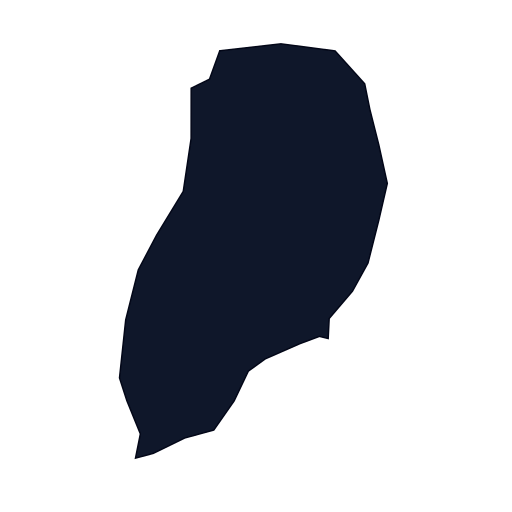 outline of Kungsör, Västmanland, Sweden, rotated 276°
{"feature_id": "70781695B35489604221157", "entity_name": "Kungsör", "entity_type": "district", "adm_level": 2, "iso_a3": "SWE", "parent_name": "Sweden", "parent_adm1": "Västmanland", "projection": "orthographic", "projection_center": [16.093, 59.436], "detail": "fine", "context": "isolated", "style": "filled", "palette": "ink", "viewbox_px": 512, "rotation_deg": 276, "n_neighbors": 0, "source": "geoboundaries", "source_scale": "gbopen_adm2", "svg_char_len": 561}
<svg xmlns="http://www.w3.org/2000/svg" viewBox="0 0 512 512"><g transform="rotate(276 256 256)"><path d="M456.3,198.5L456.2,198.5L427.0,191.3L416.1,174.0L366.1,179.2L312.6,176.9L266.4,155.0L229.9,140.4L178.9,133.1L120.5,133.0L98.6,142.7L67.0,159.6L42.4,157.3L49.0,174.5L67.6,204.2L78.5,232.2L109.6,249.4L140.7,260.4L154.7,276.0L173.4,308.8L182.7,327.5L181.5,336.4L201.5,335.3L231.1,355.6L260.7,368.1L304.5,374.4L341.9,379.0L379.4,366.5L413.7,353.9L438.6,346.1L468.2,313.2L469.6,258.6L456.3,198.5Z" fill="#0f172a" stroke="#020617" stroke-width="1.5"/></g></svg>